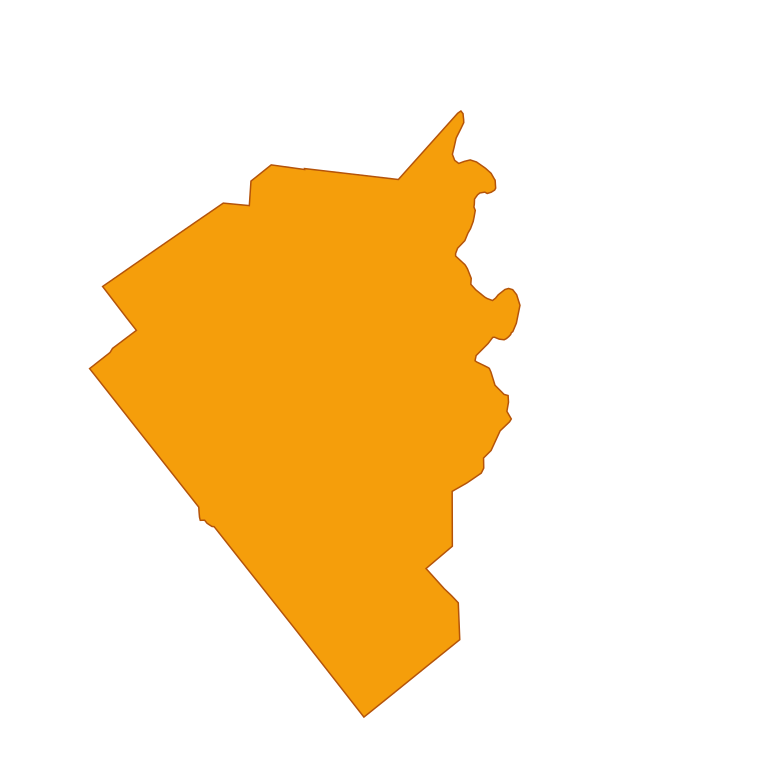 the district of Foni Bondali, West Coast, Gambia, rotated 52°
{"feature_id": "56634734B65915930660736", "entity_name": "Foni Bondali", "entity_type": "district", "adm_level": 2, "iso_a3": "GMB", "parent_name": "Gambia", "parent_adm1": "West Coast", "projection": "orthographic", "projection_center": [-15.934, 13.231], "detail": "fine", "context": "isolated", "style": "filled", "palette": "amber", "viewbox_px": 768, "rotation_deg": 52, "n_neighbors": 0, "source": "geoboundaries", "source_scale": "gbopen_adm2", "svg_char_len": 1742}
<svg xmlns="http://www.w3.org/2000/svg" viewBox="0 0 768 768"><g transform="rotate(52 384 384)"><path d="M469.5,293.3L466.1,295.8L453.3,297.3L440.5,292.4L436.5,291.4L435.0,291.9L425.1,296.7L423.7,297.4L421.7,297.9L418.3,293.9L416.2,277.1L414.2,269.6L415.2,268.1L419.6,265.6L423.1,262.1L423.6,259.6L423.5,256.7L423.0,253.7L422.0,252.2L422.0,250.2L417.6,242.3L405.7,228.4L396.4,224.9L395.3,224.5L392.3,224.5L388.9,224.5L385.4,227.0L384.0,230.5L384.0,238.9L385.0,243.2L385.0,247.1L380.1,250.1L377.6,251.1L366.3,253.7L358.9,254.2L354.4,250.2L344.5,247.3L340.6,246.8L339.6,246.8L327.3,248.8L325.3,247.3L322.3,242.4L320.8,232.0L316.8,225.0L314.8,220.1L310.8,213.6L307.9,210.2L303.4,205.2L299.9,204.2L298.0,202.2L294.0,198.8L292.5,193.8L292.5,190.8L294.9,186.4L297.4,185.4L298.9,181.4L299.3,177.4L298.4,175.4L295.4,173.4L293.4,172.0L291.7,170.9L291.5,171.0L283.9,169.9L276.5,171.2L266.0,174.4L260.5,178.1L258.0,183.7L256.2,189.3L251.3,190.6L245.1,188.7L240.7,183.1L234.6,175.7L229.6,165.2L227.1,160.2L224.6,158.4L221.5,156.5L219.7,155.3L217.2,155.3L216.2,155.3L216.0,159.3L231.7,246.8L165.3,314.0L166.1,314.5L141.9,338.0L142.2,363.9L160.5,380.3L142.5,399.3L140.4,433.5L137.6,480.8L133.9,545.7L173.0,546.1L189.3,546.1L188.8,576.0L190.5,580.5L190.6,604.8L190.6,606.5L287.3,606.1L363.3,605.8L367.0,605.8L371.4,608.8L375.4,611.4L378.3,612.7L380.9,609.2L384.7,609.2L387.2,608.4L390.3,607.3L391.9,605.7L434.6,605.5L523.7,604.9L634.1,604.9L633.7,575.8L632.8,524.4L632.1,481.7L602.2,460.2L592.4,461.1L582.4,462.6L555.3,464.5L553.9,430.0L510.6,396.4L511.0,393.2L513.0,379.6L514.1,362.2L511.7,357.2L503.6,351.1L502.3,340.5L492.4,321.3L491.1,308.3L489.9,305.2L481.2,304.0L475.0,297.1L469.5,293.3Z" fill="#f59e0b" stroke="#b45309" stroke-width="1.5"/></g></svg>